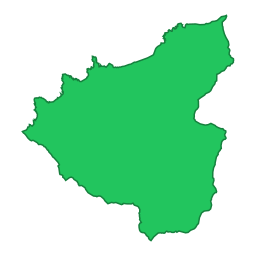 Sao Pedro Apostolo, Ribeira Grande, Cabo Verde
{"feature_id": "66160863B19660935593220", "entity_name": "Sao Pedro Apostolo", "entity_type": "district", "adm_level": 2, "iso_a3": "CPV", "parent_name": "Cabo Verde", "parent_adm1": "Ribeira Grande", "projection": "albers", "projection_center": [-25.188, 17.13], "detail": "fine", "context": "isolated", "style": "filled", "palette": "green", "viewbox_px": 256, "rotation_deg": 0, "n_neighbors": 0, "source": "geoboundaries", "source_scale": "gbopen_adm2", "svg_char_len": 5622}
<svg xmlns="http://www.w3.org/2000/svg" viewBox="0 0 256 256"><path d="M226.4,15.4L225.0,16.0L221.4,16.7L217.3,20.4L215.0,21.2L212.1,21.5L210.0,23.1L207.8,23.7L206.2,23.5L204.7,24.5L199.8,24.7L195.7,24.0L189.0,24.2L188.3,24.4L187.4,24.3L187.2,24.0L186.5,24.1L185.5,25.1L185.4,26.4L184.9,27.7L184.3,27.4L183.1,27.4L182.1,26.1L182.5,24.9L182.0,24.9L181.0,23.3L178.7,23.7L178.3,24.2L177.7,24.2L177.2,25.5L177.8,26.0L177.7,26.5L176.6,26.8L176.0,26.4L175.6,26.5L176.5,28.0L175.7,28.8L174.8,29.0L174.4,28.4L174.5,27.9L173.8,27.7L172.8,28.1L172.7,28.9L172.1,29.6L172.3,30.8L172.1,31.2L171.6,31.3L169.1,29.8L168.3,30.6L168.7,31.2L167.8,32.5L165.1,32.9L165.4,33.9L164.7,33.9L164.4,34.4L164.9,35.1L163.6,35.6L163.8,36.1L163.3,36.5L164.0,36.7L163.8,37.3L164.2,37.5L164.3,38.3L164.7,38.6L164.2,38.7L164.8,39.0L164.5,39.8L164.9,40.0L164.6,40.1L164.8,40.3L164.8,42.5L164.2,43.0L162.8,43.2L160.5,42.9L161.3,43.3L161.2,43.8L160.3,45.0L157.9,46.4L156.5,47.6L155.6,48.9L153.7,54.2L153.0,55.1L147.6,57.9L135.9,62.2L134.3,62.2L131.0,64.1L129.0,64.5L124.4,66.2L122.2,66.5L120.6,67.1L119.2,67.1L118.2,67.6L117.4,67.2L116.5,67.6L115.5,67.1L113.9,67.6L113.1,67.0L112.6,65.3L109.5,63.5L108.8,63.9L108.2,65.0L106.1,67.2L105.3,66.6L104.4,66.5L104.1,66.0L103.6,66.4L101.6,66.3L100.6,65.1L100.7,65.7L100.2,65.9L100.5,66.4L99.1,66.8L98.5,63.4L96.4,62.5L96.3,62.0L96.7,61.2L96.6,60.7L96.1,60.5L96.2,59.6L96.4,59.8L96.5,59.5L96.1,57.8L95.6,57.1L94.8,57.0L94.2,57.3L93.3,56.5L92.4,56.3L92.6,58.9L92.1,59.5L92.6,61.1L93.9,61.5L93.9,63.7L93.5,65.2L93.9,65.9L93.8,66.8L92.9,67.9L92.0,67.1L91.4,66.9L91.3,67.9L90.9,68.1L91.0,69.0L90.6,68.9L90.4,69.4L88.3,68.5L87.5,68.8L87.7,69.6L87.1,69.5L87.2,70.2L87.5,70.4L87.0,71.8L87.2,72.5L88.2,73.0L88.5,75.3L87.2,77.4L86.9,77.4L87.0,77.8L86.1,78.7L81.1,81.6L79.7,81.4L78.9,80.1L78.2,79.7L77.9,80.5L77.5,80.5L76.6,78.8L76.1,78.6L75.7,78.6L75.6,79.3L75.2,79.6L74.0,78.8L74.1,79.5L73.4,79.8L72.4,78.2L71.7,78.0L71.7,77.2L71.4,77.1L71.3,76.6L71.0,76.8L70.3,75.8L70.0,75.8L70.0,76.6L69.7,77.0L69.2,75.9L68.0,75.2L67.7,75.5L67.1,75.3L65.3,74.0L62.7,74.4L62.5,74.9L63.0,75.9L62.4,76.5L62.6,78.4L62.0,78.0L61.8,78.3L62.2,78.9L62.0,80.2L63.3,81.9L63.7,83.2L63.5,83.9L62.7,84.2L62.6,85.0L61.9,85.8L62.3,87.6L61.8,87.8L62.1,88.0L61.4,87.9L61.5,88.5L62.0,88.7L62.6,91.1L63.3,91.9L63.2,92.5L62.5,92.4L63.2,93.3L62.9,94.1L62.2,94.8L60.9,93.8L61.4,95.1L61.0,95.5L61.0,96.3L58.1,98.1L57.6,97.8L57.6,98.8L56.7,99.0L53.3,101.8L50.6,102.2L49.5,101.8L49.5,102.4L48.7,102.8L48.2,102.7L47.9,102.0L47.0,101.6L47.3,102.2L46.4,101.5L45.8,100.3L43.2,98.4L42.2,98.3L41.2,97.4L40.7,97.6L39.3,97.2L38.2,98.1L36.9,97.8L36.4,98.1L35.5,98.0L34.6,98.3L34.2,99.8L34.6,101.7L35.3,102.8L34.4,103.5L34.8,103.9L35.3,103.8L35.4,104.5L35.2,104.8L34.8,104.8L36.1,107.5L35.4,107.9L35.3,109.3L34.4,109.9L35.5,110.4L35.9,111.0L35.4,111.0L36.6,112.4L36.7,112.6L36.3,112.4L37.5,114.1L37.3,114.8L37.3,116.8L36.1,119.4L35.3,119.4L35.1,119.7L34.7,119.6L35.2,120.5L33.4,120.4L33.9,124.0L32.4,126.0L31.6,125.9L30.4,124.8L29.4,124.5L29.4,126.3L28.4,127.2L27.8,127.1L27.4,128.6L26.3,130.0L22.4,131.5L23.5,133.0L24.4,133.5L26.1,135.4L27.8,137.9L29.8,139.9L31.4,140.8L32.8,140.3L33.6,140.5L37.4,142.8L38.6,144.5L40.9,144.4L43.1,145.3L44.2,146.7L45.3,146.9L47.5,150.1L48.2,150.2L48.9,152.0L51.4,154.6L52.7,156.9L54.0,157.8L58.1,162.4L59.4,164.8L58.0,166.0L58.9,167.9L59.7,173.8L60.0,174.5L61.6,174.8L62.8,175.6L62.8,177.2L64.3,178.3L65.7,180.4L69.5,177.6L71.3,177.1L73.1,178.0L74.0,179.4L77.4,181.6L77.5,182.5L78.5,183.5L78.3,184.2L79.2,185.7L81.8,185.5L85.1,187.8L85.7,189.4L88.1,192.7L93.5,196.0L96.3,196.3L96.8,196.7L98.8,195.9L100.8,196.3L103.8,198.9L105.0,200.9L107.9,203.7L111.6,202.4L113.5,202.9L115.9,202.5L121.5,204.6L122.8,204.2L122.9,203.6L123.6,203.4L126.4,203.8L131.3,203.9L133.0,203.2L134.3,205.1L137.7,206.3L138.4,206.9L139.8,209.4L139.7,212.2L139.0,213.1L139.6,214.9L139.4,215.8L139.9,218.6L139.6,219.5L141.3,222.5L140.1,223.0L139.0,225.0L139.1,227.5L139.6,230.1L140.5,231.7L142.1,232.5L144.5,232.8L145.9,234.4L146.4,235.5L148.5,237.1L148.6,238.1L149.3,239.4L151.0,240.6L153.8,236.8L158.2,233.0L160.8,232.8L161.7,233.1L162.2,232.9L164.1,233.2L164.8,233.0L165.9,231.7L166.8,231.2L168.0,232.0L170.3,231.7L172.0,232.4L173.9,232.4L175.9,231.2L176.9,232.2L178.9,231.0L185.6,232.8L188.1,232.4L190.5,230.3L194.4,228.7L195.7,227.3L197.3,224.6L198.4,223.7L199.5,217.5L201.6,212.9L204.3,211.0L208.8,210.5L210.6,208.9L211.6,205.0L210.6,200.8L211.4,199.8L211.5,198.2L213.2,194.5L215.2,192.6L216.3,192.5L216.6,191.6L215.7,188.6L213.0,184.9L212.9,183.9L213.9,180.5L213.7,178.4L212.7,177.8L212.8,172.0L213.6,167.7L215.1,164.6L215.1,163.0L216.4,156.9L218.2,154.4L218.0,153.4L218.6,152.1L219.5,150.8L220.0,150.5L220.6,148.9L221.3,148.6L221.0,145.6L221.8,141.6L223.6,139.5L225.1,139.3L226.0,138.3L225.8,137.3L225.0,136.3L224.7,134.4L225.8,132.4L225.8,131.0L223.8,130.0L222.9,128.7L221.0,128.7L218.0,127.5L216.0,126.4L215.2,125.5L210.9,123.4L208.1,124.7L205.2,125.1L200.2,123.9L195.7,121.3L195.1,120.6L194.8,119.5L193.8,118.6L194.3,116.8L194.2,114.5L195.1,111.4L195.7,110.3L197.4,108.8L198.5,106.9L198.4,101.1L198.0,99.8L200.5,97.8L203.7,95.7L204.8,94.9L205.5,93.7L209.1,92.1L210.8,90.6L212.7,86.6L214.8,84.0L215.4,81.6L216.7,80.8L216.8,74.3L218.6,73.7L220.6,72.4L221.3,71.5L224.2,70.5L226.1,68.0L226.3,67.2L227.4,66.1L228.7,65.7L229.9,65.9L230.8,64.2L231.3,63.8L232.1,63.8L233.4,62.2L233.3,61.2L233.6,60.4L233.4,58.7L230.7,57.1L230.5,56.0L229.2,54.5L229.2,52.7L229.8,50.5L229.5,49.4L227.8,47.5L228.9,45.0L228.3,41.6L225.9,37.4L224.4,34.0L223.1,29.4L222.9,26.9L222.4,25.9L222.2,22.2L225.6,18.9L226.6,16.3L226.4,15.4Z" fill="#22c55e" stroke="#15803d" stroke-width="1.5"/></svg>